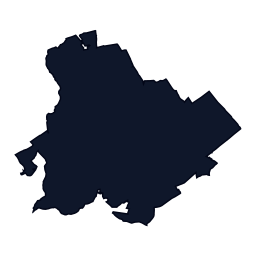 Epureni, Vaslui, Romania
{"feature_id": "2599482B68083638568596", "entity_name": "Epureni", "entity_type": "district", "adm_level": 2, "iso_a3": "ROU", "parent_name": "Romania", "parent_adm1": "Vaslui", "projection": "mercator", "projection_center": [27.894, 46.246], "detail": "fine", "context": "isolated", "style": "filled", "palette": "ink", "viewbox_px": 256, "rotation_deg": 0, "n_neighbors": 0, "source": "geoboundaries", "source_scale": "gbopen_adm2", "svg_char_len": 5643}
<svg xmlns="http://www.w3.org/2000/svg" viewBox="0 0 256 256"><path d="M209.1,91.4L201.2,97.4L192.0,103.5L188.3,97.7L186.3,99.8L184.5,102.2L183.9,101.3L180.8,99.2L180.3,98.8L179.8,98.1L179.6,98.1L178.3,95.1L177.6,94.1L176.5,91.6L176.3,90.9L175.7,91.2L175.4,90.7L174.1,90.4L173.6,90.1L172.9,89.3L171.5,87.4L166.9,80.3L165.9,79.1L164.1,80.2L162.5,80.8L160.5,80.6L159.9,80.8L158.9,81.5L156.9,82.3L155.8,82.1L155.3,82.3L154.7,81.2L153.7,80.5L149.7,80.8L144.6,80.9L144.4,81.0L144.1,82.6L143.5,84.0L142.8,81.1L142.4,80.3L139.4,75.7L138.5,74.9L137.2,72.1L133.4,66.4L132.8,66.5L133.0,66.3L133.0,65.5L130.4,59.4L130.4,59.1L126.0,50.1L124.5,50.1L121.6,50.9L119.0,46.6L117.8,44.8L117.1,44.1L105.4,46.0L104.7,46.3L103.8,45.8L96.6,47.8L96.7,46.6L96.4,45.4L96.3,42.6L96.2,42.3L96.4,40.9L96.5,38.6L96.3,38.0L96.4,37.6L96.1,36.9L96.4,35.7L96.0,34.8L95.9,33.7L95.6,33.1L95.7,32.5L95.4,31.8L95.6,31.4L95.6,30.9L95.3,30.7L86.5,33.0L83.9,33.1L82.2,34.3L80.2,34.8L79.7,35.4L79.6,35.8L79.8,36.2L82.5,39.6L81.5,40.6L83.5,43.3L85.1,46.0L86.9,45.4L87.1,45.6L89.0,44.9L89.2,45.3L89.7,45.6L89.2,45.9L89.0,46.2L88.9,46.1L88.6,46.1L88.3,46.5L87.3,46.7L87.8,49.2L83.8,50.0L83.7,49.3L83.4,48.9L83.6,48.0L81.0,44.9L81.3,44.2L82.9,43.5L75.7,35.3L72.3,36.7L67.3,38.2L66.2,38.7L66.6,39.2L66.5,39.5L65.8,40.1L64.2,42.7L61.6,44.5L60.5,44.7L59.6,46.1L59.0,46.6L58.7,47.3L59.7,48.4L58.6,48.0L57.4,48.1L55.9,47.1L55.6,47.1L54.3,47.8L52.3,48.3L48.2,50.1L47.8,51.3L48.0,51.9L47.8,52.8L48.1,53.2L48.3,54.3L47.6,55.3L47.0,55.6L46.5,57.2L46.1,57.9L46.0,58.7L46.4,60.9L46.2,64.2L46.3,65.1L47.9,68.4L48.4,68.8L49.3,70.3L49.8,72.2L50.6,72.5L52.1,74.0L53.0,74.5L53.0,75.3L53.9,77.1L54.6,77.5L54.9,78.1L54.9,79.2L55.6,80.5L56.7,81.1L57.8,83.2L60.2,86.5L60.6,88.5L60.2,89.8L59.4,90.4L58.8,91.7L58.8,93.3L60.4,96.3L60.5,98.3L60.3,99.6L58.6,103.4L57.6,105.0L55.2,106.7L55.2,107.2L55.4,107.5L55.4,107.9L55.0,109.1L54.5,109.9L54.5,110.7L54.9,111.6L54.5,112.2L53.5,112.7L52.4,113.6L50.2,113.9L48.6,113.5L47.2,114.7L46.8,116.1L46.7,117.2L46.9,118.4L46.7,119.1L47.3,119.8L47.4,120.9L46.9,122.4L47.0,123.8L47.8,130.6L48.3,131.8L48.3,132.4L48.8,133.4L48.3,133.0L46.9,130.9L40.8,135.2L39.8,135.5L35.9,138.1L30.6,141.8L33.2,144.7L32.2,146.3L27.0,149.3L23.8,150.3L22.0,151.4L21.8,151.3L19.7,152.3L15.4,154.8L17.5,157.3L18.9,159.9L19.3,161.1L20.4,163.0L22.3,164.6L24.0,166.4L24.5,167.9L24.8,169.2L24.8,170.1L24.0,170.8L23.8,170.8L23.4,170.5L23.6,171.3L23.4,171.9L22.4,173.0L20.8,173.3L21.1,174.5L21.4,174.7L22.3,174.6L25.5,173.0L27.4,175.4L30.0,175.7L31.1,175.3L31.8,174.7L35.0,170.5L33.2,169.6L33.0,169.2L34.8,168.9L35.7,169.4L36.9,166.6L36.4,166.2L36.2,165.8L33.8,164.3L32.8,163.0L31.0,161.0L32.0,159.8L34.0,158.1L34.6,156.7L35.9,155.0L36.1,153.6L36.4,153.2L36.7,152.1L37.2,151.4L38.2,150.6L38.5,151.5L39.2,152.6L45.2,158.8L46.7,162.4L46.7,163.3L45.0,165.5L44.6,166.3L45.0,169.8L46.2,173.6L46.1,174.4L45.8,176.5L45.5,177.2L43.3,181.7L43.4,183.0L43.0,185.1L43.2,186.9L43.2,188.8L43.9,190.4L44.8,191.8L45.1,192.0L45.5,192.8L45.6,195.2L45.4,196.2L43.2,197.3L42.1,198.1L41.2,198.7L40.8,199.1L40.6,199.7L39.2,200.5L37.7,200.7L37.4,201.1L35.9,203.4L35.0,204.4L34.3,206.8L33.3,208.1L33.4,208.4L34.1,209.5L33.3,211.0L33.1,211.9L33.4,211.7L34.5,210.4L36.6,209.2L37.4,208.4L38.5,207.9L39.4,207.9L42.8,209.0L45.6,209.2L48.7,208.6L50.2,208.0L52.2,207.6L53.3,207.7L54.9,207.3L56.9,208.2L57.9,209.2L59.3,210.1L59.5,210.6L60.2,211.5L60.5,212.3L61.2,213.1L61.7,213.5L64.9,214.7L66.2,214.7L68.3,213.9L71.1,214.2L74.6,213.2L76.1,212.5L77.7,211.4L78.4,210.7L79.1,209.1L79.8,208.4L81.1,208.0L82.2,208.1L82.7,207.8L82.9,207.3L83.3,207.1L83.7,206.5L84.7,204.4L85.4,203.9L86.9,203.9L87.8,203.7L89.2,203.2L91.9,201.8L92.9,201.5L93.3,200.4L93.8,199.6L95.0,197.2L96.1,196.3L96.4,194.3L97.3,192.8L97.3,191.5L97.8,189.9L98.1,189.7L99.9,189.3L100.2,191.7L99.9,192.0L98.8,192.2L98.8,193.2L99.0,193.4L100.3,193.7L100.8,193.7L100.8,192.8L100.9,192.7L101.4,192.7L101.4,193.2L102.7,193.1L102.7,196.3L102.9,197.0L103.3,197.2L103.7,198.5L105.8,198.0L107.2,198.2L108.5,200.2L107.8,200.7L108.0,201.1L106.3,201.9L110.4,205.4L112.0,207.1L116.9,207.1L117.1,206.6L120.6,204.1L120.7,203.6L121.0,203.3L122.4,202.7L123.4,203.0L124.8,201.9L124.8,202.3L125.7,201.6L126.8,200.6L127.6,200.3L127.6,200.9L127.2,201.0L127.3,201.7L128.4,201.9L128.9,202.2L129.0,202.5L128.9,203.1L127.6,205.4L127.4,206.6L126.5,208.2L129.3,208.9L127.9,212.8L127.9,214.0L113.9,212.0L113.2,211.9L113.0,212.1L112.6,213.0L113.8,213.8L114.7,215.0L116.5,216.6L119.6,218.7L122.2,219.4L123.2,221.0L123.7,221.1L126.9,221.3L131.4,223.0L131.9,223.0L134.8,222.1L138.8,221.8L139.6,221.9L142.2,222.9L145.6,224.9L146.8,225.3L146.8,224.0L147.0,223.5L149.1,222.1L149.8,221.5L152.5,218.2L153.6,216.5L154.0,214.9L154.0,213.5L154.2,210.1L154.1,207.7L154.3,207.4L157.0,207.1L159.7,206.5L161.7,205.6L171.8,198.3L175.1,196.6L180.1,193.5L180.5,193.1L180.2,192.0L179.2,190.9L178.6,189.6L177.6,190.2L175.4,186.4L184.3,182.8L195.9,172.5L196.8,177.7L198.2,176.7L200.5,175.9L201.8,174.9L206.5,174.4L207.0,174.4L208.0,175.0L209.3,175.2L209.2,173.9L209.2,172.6L210.3,169.1L212.6,167.7L215.4,164.6L216.3,164.1L217.1,163.2L216.5,162.5L215.9,162.3L215.3,161.7L214.9,161.6L214.6,161.1L214.3,161.1L213.9,160.8L213.5,160.8L212.8,160.3L212.2,160.6L211.7,160.3L211.3,159.9L211.7,159.7L211.8,159.2L210.7,158.4L209.9,158.3L209.7,158.1L209.7,157.7L209.3,157.4L208.9,157.9L208.3,157.7L207.4,156.9L206.3,156.5L211.2,152.6L211.8,152.8L212.8,150.9L213.1,151.0L215.8,149.0L219.5,145.8L228.8,138.5L234.2,133.9L240.6,128.8L240.6,128.5L239.9,127.2L238.7,126.3L237.7,124.3L233.9,120.0L231.9,118.1L231.4,116.8L230.6,115.9L225.6,110.8L224.4,109.0L217.8,102.4L209.1,91.4Z" fill="#0f172a" stroke="#020617" stroke-width="1.5"/></svg>